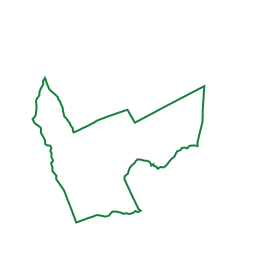 Criciúma, Santa Catarina, Brazil, rotated 245°
{"feature_id": "56859067B24014053449372", "entity_name": "Criciúma", "entity_type": "district", "adm_level": 2, "iso_a3": "BRA", "parent_name": "Brazil", "parent_adm1": "Santa Catarina", "projection": "orthographic", "projection_center": [-49.374, -28.744], "detail": "fine", "context": "isolated", "style": "outline", "palette": "green", "viewbox_px": 256, "rotation_deg": 245, "n_neighbors": 0, "source": "geoboundaries", "source_scale": "gbopen_adm2", "svg_char_len": 2009}
<svg xmlns="http://www.w3.org/2000/svg" viewBox="0 0 256 256"><g transform="rotate(245 128 128)"><path d="M133.7,214.8L132.0,176.2L131.8,171.8L131.6,167.8L131.4,164.3L131.1,160.1L130.5,148.0L129.9,136.5L144.8,135.2L145.5,128.8L146.3,120.9L147.0,114.2L147.3,110.0L147.6,106.1L147.8,102.6L147.2,99.7L147.2,96.3L147.0,93.2L146.9,90.9L147.0,86.1L146.8,83.0L146.8,80.5L147.1,76.8L149.1,77.0L151.3,77.9L154.0,77.1L156.6,77.3L159.3,76.8L162.5,76.2L165.6,75.2L168.9,75.9L171.7,76.5L174.2,77.4L177.8,77.4L181.1,77.6L183.7,77.0L185.9,77.4L191.0,75.3L193.7,74.0L196.8,73.0L200.0,73.2L202.1,73.2L208.4,73.9L206.5,70.9L203.4,69.6L202.1,67.7L200.0,65.0L197.9,62.8L195.5,61.8L194.0,59.7L192.9,57.5L191.1,55.9L187.3,54.7L183.9,53.1L181.2,51.2L178.9,50.0L177.5,48.2L176.4,45.3L172.7,45.3L169.9,46.4L167.6,47.8L165.4,49.0L162.8,48.3L160.9,47.1L157.5,47.3L154.5,47.6L151.8,47.5L148.2,46.2L146.0,47.9L145.0,50.0L142.1,50.1L140.1,47.9L137.5,48.1L134.3,46.4L131.9,46.4L129.8,46.1L128.6,43.4L125.0,43.0L122.7,42.1L120.6,41.3L118.3,42.0L115.2,42.9L112.0,41.3L101.4,43.2L98.4,43.6L95.8,43.5L90.6,43.1L85.0,42.7L81.8,42.5L77.2,42.2L70.8,41.7L68.1,41.5L64.2,41.2L63.1,54.8L62.5,58.9L62.4,62.6L60.8,65.4L59.2,67.5L57.3,69.9L56.6,73.4L57.6,75.6L58.8,78.5L57.2,82.1L55.7,83.9L54.4,85.7L52.3,87.4L51.5,90.3L49.5,92.7L48.9,96.9L49.6,99.7L47.6,101.4L47.8,104.5L50.3,103.3L52.9,103.3L56.0,103.2L58.2,103.2L60.3,103.2L62.6,103.1L69.9,103.1L73.5,103.1L76.2,103.1L83.2,103.2L85.6,104.5L86.8,108.8L89.2,110.7L91.1,112.7L92.6,115.8L93.2,118.6L94.5,120.7L95.6,123.1L93.9,126.3L91.6,128.8L90.1,131.6L88.5,133.1L86.2,133.5L84.1,133.2L84.5,135.8L82.4,135.6L81.0,137.3L78.5,137.8L78.9,140.9L77.2,143.7L77.6,146.0L78.9,148.9L80.4,151.6L81.8,155.1L82.4,158.0L84.3,160.2L86.1,162.6L85.8,166.3L87.1,168.3L86.3,171.2L84.5,172.8L85.8,176.1L85.0,178.7L84.0,181.0L82.2,183.4L85.8,185.1L88.1,186.9L94.6,192.0L96.2,193.4L97.8,194.7L102.1,198.0L104.2,199.1L107.1,200.7L110.5,202.2L131.0,213.3L133.7,214.8Z" fill="none" stroke="#15803d" stroke-width="2"/></g></svg>